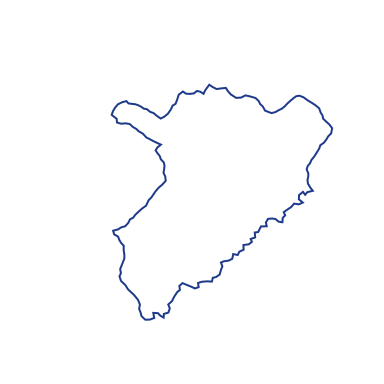 the district of Cedro do Abaeté, Minas Gerais, Brazil, rotated 207°
{"feature_id": "56859067B21922864166486", "entity_name": "Cedro do Abaeté", "entity_type": "district", "adm_level": 2, "iso_a3": "BRA", "parent_name": "Brazil", "parent_adm1": "Minas Gerais", "projection": "mercator", "projection_center": [-45.692, -19.108], "detail": "fine", "context": "isolated", "style": "outline", "palette": "blue", "viewbox_px": 384, "rotation_deg": 207, "n_neighbors": 0, "source": "geoboundaries", "source_scale": "gbopen_adm2", "svg_char_len": 2747}
<svg xmlns="http://www.w3.org/2000/svg" viewBox="0 0 384 384"><g transform="rotate(207 192 192)"><path d="M218.3,83.9L214.8,80.5L209.1,78.8L204.8,76.2L200.9,75.1L196.8,73.9L191.2,71.4L187.4,68.2L186.0,63.8L183.0,61.2L180.7,58.5L175.7,57.0L171.6,59.2L168.5,62.6L171.6,66.7L167.3,68.6L164.0,67.4L160.3,67.2L161.7,70.6L158.3,73.9L159.0,78.3L162.1,81.0L160.3,85.7L160.3,91.1L159.7,96.2L158.3,99.2L160.6,102.6L159.1,106.5L153.7,106.9L149.4,107.3L145.6,107.4L142.9,110.2L145.3,113.7L142.6,116.4L138.1,119.2L133.6,121.2L134.5,125.0L132.0,127.1L129.9,130.9L130.8,135.6L131.2,139.6L134.2,142.3L132.2,144.7L128.2,147.5L125.8,150.8L127.1,155.4L122.7,156.6L122.7,160.4L119.8,164.0L122.1,168.1L117.6,171.2L116.0,174.8L118.4,176.8L115.1,180.2L117.7,184.4L114.9,186.3L114.9,192.6L109.9,195.4L112.3,198.4L112.1,202.5L108.5,204.8L105.4,205.8L101.4,204.9L97.7,206.1L99.4,210.0L98.4,213.5L101.1,215.7L98.9,219.9L96.9,223.4L95.7,228.0L91.2,229.5L88.5,232.9L93.5,234.0L95.2,237.9L93.2,242.5L89.9,240.9L89.2,244.2L84.9,247.9L88.5,249.6L92.5,252.1L94.6,255.2L95.4,258.5L96.9,261.5L100.1,264.2L100.7,267.8L99.9,271.1L100.1,274.9L99.2,279.0L98.7,284.2L98.4,288.7L98.9,291.9L96.9,295.7L96.1,300.0L95.9,303.6L94.6,307.3L96.1,312.5L100.5,314.6L105.0,315.8L108.5,316.9L110.4,319.4L113.3,321.1L116.7,324.3L121.2,325.3L125.3,325.8L130.4,326.2L135.7,327.0L139.9,326.6L142.6,324.7L144.2,321.6L145.6,318.3L147.1,314.4L148.2,310.6L149.8,307.0L152.0,304.1L154.0,301.0L157.0,298.4L160.4,298.0L163.9,297.7L167.7,300.3L171.2,301.3L173.8,303.3L178.1,304.6L184.7,303.3L188.3,302.3L191.2,298.3L195.5,295.9L202.0,296.6L205.8,298.2L209.1,300.1L213.4,297.3L216.8,294.9L221.1,294.9L225.3,295.4L226.4,288.7L226.3,284.7L230.4,285.1L233.5,284.2L235.0,280.8L238.3,278.5L241.9,276.9L245.7,277.4L248.0,272.7L247.1,267.3L246.7,263.1L248.5,260.1L248.3,256.1L249.0,250.8L250.9,246.5L253.3,243.2L257.9,243.9L262.2,244.9L265.5,244.4L269.8,245.3L272.9,244.4L276.1,244.9L279.3,244.9L282.5,244.4L285.4,243.3L288.8,242.1L291.7,243.2L294.9,240.4L297.8,236.5L298.8,232.4L299.1,228.4L298.6,224.3L295.5,223.6L292.4,223.1L290.4,219.9L286.3,220.6L282.2,223.1L278.4,224.3L274.2,223.1L270.1,222.9L267.1,221.9L262.0,221.6L257.6,219.9L254.1,219.9L249.2,219.8L245.4,219.9L241.2,220.1L243.1,215.9L243.3,212.6L240.4,210.9L237.2,209.5L234.6,207.0L230.5,205.5L228.4,202.9L227.1,199.5L226.1,196.1L223.0,193.8L220.5,190.1L221.8,185.2L223.6,180.9L224.7,176.5L225.3,172.3L225.7,168.8L226.9,165.0L226.7,159.0L229.0,154.5L230.9,149.6L232.2,145.9L232.7,142.5L234.8,139.5L234.8,135.3L236.0,131.1L239.1,128.3L240.8,125.2L244.7,121.7L242.1,118.9L237.6,118.7L235.0,116.3L232.2,114.5L228.4,113.1L226.4,109.0L223.9,105.6L222.1,102.0L221.6,97.3L221.0,90.7L218.5,87.5L218.3,83.9Z" fill="none" stroke="#1e3a8a" stroke-width="2"/></g></svg>